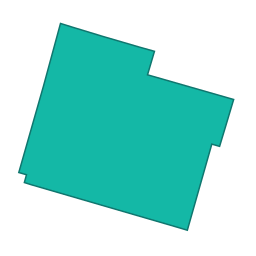 the district of Prentiss, Mississippi, United States of America, rotated 196°
{"feature_id": "52423323B17129375246846", "entity_name": "Prentiss", "entity_type": "district", "adm_level": 2, "iso_a3": "USA", "parent_name": "United States of America", "parent_adm1": "Mississippi", "projection": "albers", "projection_center": [-88.507, 34.61], "detail": "fine", "context": "isolated", "style": "filled", "palette": "teal", "viewbox_px": 256, "rotation_deg": 196, "n_neighbors": 0, "source": "geoboundaries", "source_scale": "gbopen_adm2", "svg_char_len": 374}
<svg xmlns="http://www.w3.org/2000/svg" viewBox="0 0 256 256"><g transform="rotate(196 128 128)"><path d="M204.8,46.8L50.9,46.2L42.8,46.1L43.0,135.6L34.9,135.6L34.6,157.9L34.3,184.5L123.9,184.5L123.7,209.0L139.9,208.9L178.0,209.1L209.2,209.6L221.7,209.9L220.8,144.6L220.7,55.1L212.7,55.1L212.6,47.0L204.8,46.8Z" fill="#14b8a6" stroke="#0f766e" stroke-width="1.5"/></g></svg>